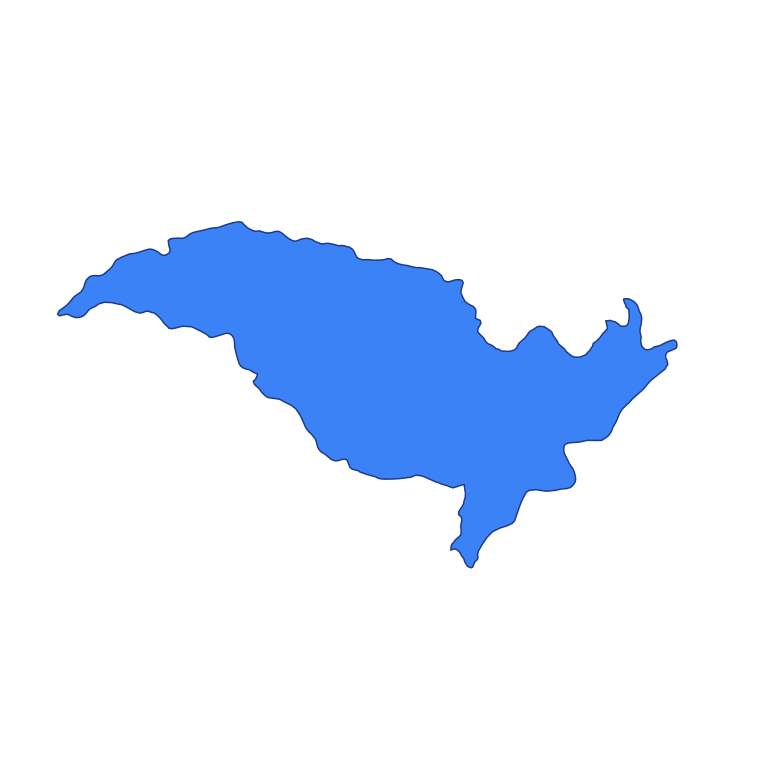 Uarini, Amazonas, Brazil, rotated 73°
{"feature_id": "56859067B41696806475339", "entity_name": "Uarini", "entity_type": "district", "adm_level": 2, "iso_a3": "BRA", "parent_name": "Brazil", "parent_adm1": "Amazonas", "projection": "mercator", "projection_center": [-65.366, -3.206], "detail": "fine", "context": "isolated", "style": "filled", "palette": "blue", "viewbox_px": 768, "rotation_deg": 73, "n_neighbors": 0, "source": "geoboundaries", "source_scale": "gbopen_adm2", "svg_char_len": 6149}
<svg xmlns="http://www.w3.org/2000/svg" viewBox="0 0 768 768"><g transform="rotate(73 384 384)"><path d="M562.4,368.5L562.2,367.6L562.4,364.9L562.7,364.0L563.2,363.3L564.1,362.4L566.8,361.0L568.2,360.5L570.9,360.1L573.9,358.9L574.9,358.7L577.4,358.8L578.6,358.6L581.8,357.7L582.6,357.4L583.8,356.4L584.7,355.2L585.3,354.0L584.9,352.5L583.0,351.2L580.7,349.1L579.1,346.0L578.0,345.1L576.7,344.7L575.3,344.6L574.0,344.1L571.5,342.7L566.4,337.3L560.7,330.2L557.1,323.6L556.3,319.6L555.6,314.5L555.6,308.6L554.9,302.4L553.0,299.1L540.3,289.9L534.2,284.8L529.2,279.7L528.2,276.6L529.4,269.8L534.0,260.0L535.7,251.9L536.3,244.8L537.5,239.5L537.4,235.7L535.5,231.9L533.3,229.6L530.6,228.4L528.8,228.1L524.9,227.8L521.6,227.9L518.9,228.5L517.5,229.1L513.9,230.2L511.1,230.5L504.4,231.7L502.8,231.8L501.3,231.8L500.0,231.5L496.6,230.2L495.4,229.3L494.9,228.5L494.3,225.6L495.0,221.3L496.5,215.1L497.4,205.8L500.3,196.7L501.5,192.5L501.4,191.5L499.7,185.9L499.0,184.5L498.2,183.3L496.0,180.6L492.3,177.7L487.6,172.7L481.9,168.1L477.9,163.9L475.0,158.5L473.7,155.5L470.5,150.1L464.8,137.5L458.9,128.6L451.7,110.5L449.5,108.6L448.9,107.4L447.8,106.8L443.8,106.5L442.6,106.8L441.1,106.9L439.6,106.5L438.4,106.0L437.2,104.9L436.3,103.9L435.3,94.7L434.8,93.7L433.3,92.8L431.9,92.4L430.8,92.2L428.5,92.3L427.6,92.9L427.0,93.6L426.4,95.6L426.5,100.2L427.3,105.9L427.7,107.5L427.9,109.6L427.6,114.3L427.7,115.3L428.4,117.1L428.7,119.1L428.3,122.0L427.5,124.0L426.0,125.1L423.3,126.4L420.2,126.3L417.5,125.9L414.7,124.4L408.8,123.9L406.2,123.0L401.1,120.2L397.2,118.6L395.0,118.1L392.3,118.0L388.6,118.6L384.4,118.6L383.0,118.8L381.2,119.4L378.8,120.6L377.7,121.3L375.1,124.0L373.8,125.8L373.0,128.4L372.9,129.9L373.8,130.3L377.3,130.2L378.6,129.8L381.4,129.9L383.2,128.7L384.1,128.3L385.1,128.3L390.4,129.6L393.3,130.6L396.3,132.1L397.4,132.8L398.1,133.4L398.8,134.3L399.2,135.8L398.4,139.4L397.9,140.3L397.1,141.3L394.9,142.5L392.9,144.1L392.1,144.9L390.7,147.2L389.4,148.9L388.5,153.4L395.4,153.9L396.5,154.4L398.0,156.7L400.1,160.5L402.2,163.1L403.5,165.2L405.6,169.2L406.3,172.0L408.6,173.3L412.3,177.8L413.1,179.6L414.9,182.1L415.5,187.4L415.4,189.6L414.9,191.4L414.1,193.5L413.1,195.2L411.2,196.9L407.2,199.7L402.7,201.5L397.1,205.2L395.3,205.7L393.7,205.8L387.4,207.9L382.9,208.5L380.9,210.0L376.1,214.0L374.3,218.2L374.0,220.6L375.1,223.8L376.1,228.1L376.9,230.2L380.9,235.2L384.4,242.9L386.5,245.3L387.7,246.1L388.3,246.9L389.0,247.9L389.6,249.9L389.6,253.3L388.9,256.4L386.6,262.3L384.3,264.1L383.1,266.6L380.3,268.1L378.3,269.8L375.6,273.1L372.7,274.4L369.5,275.1L366.7,276.5L364.3,277.9L361.3,279.2L358.4,277.8L354.2,273.5L351.3,273.4L348.0,277.3L341.8,275.0L339.1,274.6L336.1,275.9L333.5,278.6L331.1,280.8L328.3,282.5L323.6,283.4L319.4,283.9L316.3,282.5L310.2,278.6L307.6,279.2L306.3,281.3L305.4,284.5L305.2,288.0L305.3,292.1L304.4,294.4L302.1,296.6L297.4,297.3L294.0,299.2L291.1,301.7L288.7,304.6L283.2,315.6L282.2,319.1L279.3,324.2L277.4,327.2L276.1,330.2L274.7,332.7L273.1,335.3L271.4,337.2L269.0,339.4L266.8,340.4L265.3,343.0L265.0,348.8L264.4,351.3L262.9,356.7L261.8,359.7L260.6,362.2L258.9,368.2L257.1,370.9L255.4,372.7L251.7,373.5L248.5,373.9L246.0,374.7L243.2,376.9L241.5,379.7L240.1,381.7L239.2,384.1L238.5,387.0L236.8,389.6L233.8,394.8L232.8,397.5L232.3,400.4L231.5,403.2L227.6,408.2L225.5,410.0L223.9,411.9L222.2,414.8L221.5,418.0L221.2,421.2L221.7,426.2L220.5,429.3L216.5,433.1L209.9,437.5L207.9,439.3L206.7,441.6L206.3,444.1L206.4,447.1L205.8,450.6L204.3,453.8L201.1,458.4L200.5,461.9L199.1,464.4L196.5,467.2L194.6,469.0L190.3,471.5L187.9,472.5L186.4,475.2L185.6,481.4L185.5,487.2L185.9,497.3L184.5,503.4L184.3,506.1L184.1,512.0L183.5,518.8L183.4,521.2L183.5,523.8L184.0,526.5L185.0,528.9L185.8,531.4L185.7,534.6L184.6,537.3L183.2,542.7L182.7,545.9L183.7,548.3L186.8,549.0L190.3,549.3L193.1,549.2L195.5,550.7L196.5,553.0L196.9,555.7L195.7,558.6L191.0,562.2L189.1,564.2L187.4,566.5L186.4,568.9L186.2,572.7L186.4,581.2L186.2,583.9L185.2,589.3L186.0,598.0L187.0,603.3L188.1,605.1L192.6,610.1L194.1,612.9L197.3,620.6L197.4,623.4L196.9,625.8L195.9,628.2L195.4,630.6L195.2,633.6L196.9,637.4L198.8,639.5L203.5,642.7L205.9,644.9L207.6,647.5L209.4,653.5L210.5,655.8L214.0,660.9L215.8,664.2L217.1,667.5L219.0,673.2L221.9,675.8L224.0,674.2L224.1,670.6L224.5,667.5L225.5,665.0L227.5,663.3L229.6,660.6L230.6,658.6L231.2,655.7L231.2,653.1L230.6,650.7L229.2,648.0L227.7,646.0L226.4,643.7L225.7,640.6L225.5,638.0L224.0,633.2L224.0,629.6L224.2,626.8L225.5,623.7L226.5,620.7L230.0,614.6L231.2,612.1L233.2,609.6L241.5,601.7L243.1,599.6L244.8,596.7L245.2,593.6L244.8,590.1L245.9,587.5L247.8,585.1L248.9,582.9L251.0,581.4L253.9,579.7L256.9,578.2L262.0,576.5L264.9,574.7L267.8,573.3L269.1,570.8L269.5,567.8L269.7,561.5L270.0,559.1L273.0,551.4L274.8,549.2L280.7,543.0L283.3,540.4L285.7,538.5L288.3,537.1L289.2,534.2L289.4,529.2L289.3,520.1L290.2,517.8L291.9,515.9L294.3,514.7L297.5,514.3L300.0,514.7L305.3,516.0L312.3,516.5L322.2,516.6L325.0,515.8L327.4,514.0L329.5,511.4L330.9,508.7L333.3,506.7L335.8,504.2L337.4,502.0L339.5,503.3L341.9,505.5L343.1,508.1L346.2,508.1L348.4,507.0L350.6,505.5L353.1,504.3L355.9,503.5L358.4,502.2L361.5,500.3L363.3,498.3L365.8,493.1L366.8,490.8L368.2,488.2L369.8,486.5L372.1,484.4L377.4,478.7L382.0,475.6L387.6,473.8L391.0,473.0L402.7,471.6L405.8,470.7L408.2,469.6L410.6,468.1L416.8,465.6L424.4,465.8L427.1,465.5L430.2,464.2L434.2,460.7L439.7,457.2L441.5,455.6L443.1,453.4L444.0,449.7L443.7,446.2L444.4,443.5L445.9,441.6L453.8,440.9L456.0,439.4L457.9,436.6L459.3,434.1L461.4,432.5L463.3,429.6L465.2,427.3L470.4,419.0L472.4,417.2L474.1,414.1L475.3,410.7L477.1,404.6L479.0,397.0L481.0,385.4L480.4,380.2L482.5,375.6L484.2,373.0L493.1,362.7L494.4,360.6L496.6,358.1L499.9,353.0L501.9,350.7L503.4,348.5L503.5,344.6L503.3,339.3L503.6,336.8L512.6,338.1L516.1,339.5L518.6,341.2L521.9,343.1L524.2,345.2L524.8,346.2L527.9,349.7L529.4,350.5L530.6,350.8L531.7,350.4L532.7,349.4L533.9,349.1L535.2,349.1L536.4,349.3L538.6,350.1L540.4,351.3L542.4,352.2L546.2,352.9L550.1,354.3L551.0,355.3L551.9,356.7L553.0,359.3L554.0,361.3L555.5,363.3L557.2,366.1L558.5,367.0L560.6,368.0L562.4,368.5Z" fill="#3b82f6" stroke="#1e3a8a" stroke-width="1.5"/></g></svg>